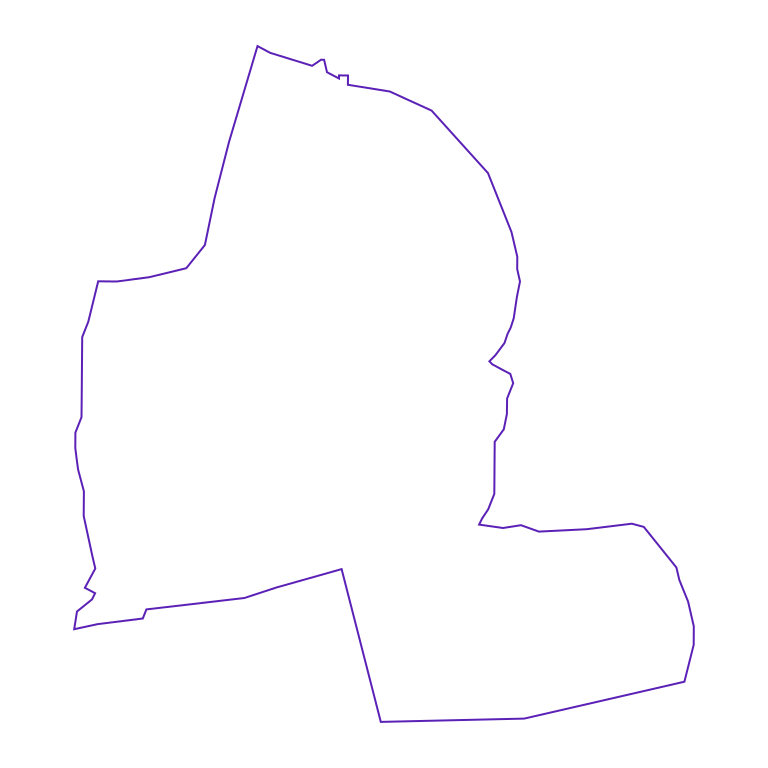 Matariyya, Ad Daqahliyah, Egypt
{"feature_id": "37247803B28167369066586", "entity_name": "Matariyya", "entity_type": "district", "adm_level": 2, "iso_a3": "EGY", "parent_name": "Egypt", "parent_adm1": "Ad Daqahliyah", "projection": "robinson", "projection_center": [32.012, 31.191], "detail": "fine", "context": "isolated", "style": "outline", "palette": "violet", "viewbox_px": 768, "rotation_deg": 0, "n_neighbors": 0, "source": "geoboundaries", "source_scale": "gbopen_adm2", "svg_char_len": 1080}
<svg xmlns="http://www.w3.org/2000/svg" viewBox="0 0 768 768"><path d="M684.4,681.7L693.7,644.8L693.8,626.4L688.1,601.6L679.3,579.9L676.4,567.5L643.8,526.9L631.8,523.7L586.8,529.2L538.9,531.6L521.0,525.2L503.0,528.0L479.1,524.6L482.1,518.5L488.2,509.3L494.3,493.9L494.7,441.8L503.8,429.3L506.9,414.0L507.1,398.5L513.2,383.2L510.3,373.9L504.3,370.8L492.4,364.4L489.4,361.3L495.4,355.2L504.5,343.0L507.6,333.8L510.7,327.6L513.7,318.4L516.9,296.9L520.0,281.5L517.2,269.1L517.3,256.8L511.5,232.1L488.0,173.1L431.6,110.6L405.7,98.8L389.8,91.5L347.9,84.8L348.0,75.5L339.0,75.4L339.0,78.5L327.0,72.2L324.1,59.8L321.1,59.7L312.1,65.8L270.3,52.9L257.5,46.1L229.0,142.0L214.6,198.1L204.9,245.0L186.3,268.2L149.2,277.2L116.8,281.5L98.2,281.3L88.3,321.7L82.2,337.1L81.7,398.7L81.5,417.2L75.4,432.6L75.3,448.0L76.5,457.7L78.1,469.6L83.9,491.3L83.7,516.0L92.4,556.2L95.3,568.5L84.9,587.8L95.1,593.2L92.0,599.4L77.0,611.5L74.2,629.2L97.8,624.1L142.8,618.5L146.4,609.4L244.4,598.0L276.4,587.5L341.6,569.1L380.8,721.9L524.1,718.6L684.4,681.7Z" fill="none" stroke="#5b21b6" stroke-width="2"/></svg>